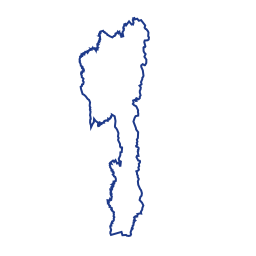 Empalme, Manabi, Ecuador (Equal Earth projection), rotated 164°
{"feature_id": "8360857B95089772616558", "entity_name": "Empalme", "entity_type": "district", "adm_level": 2, "iso_a3": "ECU", "parent_name": "Ecuador", "parent_adm1": "Manabi", "projection": "equal_earth", "projection_center": [-79.614, -0.806], "detail": "fine", "context": "isolated", "style": "outline", "palette": "blue", "viewbox_px": 256, "rotation_deg": 164, "n_neighbors": 0, "source": "geoboundaries", "source_scale": "gbopen_adm2", "svg_char_len": 5952}
<svg xmlns="http://www.w3.org/2000/svg" viewBox="0 0 256 256"><g transform="rotate(164 128 128)"><path d="M127.7,228.3L128.1,227.2L128.6,227.5L128.8,226.7L129.3,226.9L130.0,226.2L130.1,225.7L129.8,225.5L130.1,225.1L129.7,224.8L129.7,224.3L130.2,224.3L129.7,223.9L130.2,221.2L130.6,221.3L130.6,220.7L131.0,220.7L131.2,219.7L131.6,220.0L132.2,219.4L132.2,218.1L132.5,218.1L132.6,218.7L133.6,217.4L134.2,217.3L134.5,216.7L133.7,216.2L134.6,215.7L134.7,214.6L135.4,214.0L135.5,213.2L135.1,213.1L135.5,212.8L135.6,212.2L136.0,212.5L135.9,211.9L136.3,211.8L136.7,212.4L137.1,211.7L137.1,212.1L137.4,211.9L137.4,212.3L137.9,212.3L138.1,212.8L137.4,213.0L137.4,213.4L138.0,213.8L138.3,213.4L139.1,213.6L139.4,214.2L139.5,213.8L140.0,214.0L140.0,214.7L141.3,214.1L141.4,213.6L142.0,214.1L141.9,213.7L142.4,213.3L143.6,213.7L144.6,212.8L144.8,213.2L145.4,213.1L145.7,212.8L145.6,212.2L146.0,211.7L146.2,212.2L146.4,211.8L146.8,212.6L148.1,213.0L149.1,211.6L149.5,212.3L150.1,212.1L150.1,211.0L150.7,211.4L151.2,210.9L151.2,212.0L151.6,211.9L151.9,211.0L152.5,211.0L152.4,209.8L152.9,209.9L153.0,210.4L153.3,209.8L153.6,210.2L154.3,209.9L154.2,209.5L155.6,207.5L155.7,205.8L156.0,205.8L156.3,204.8L155.9,202.7L156.2,200.9L155.5,200.1L155.6,199.4L155.2,199.7L154.8,199.0L155.3,198.3L154.4,196.8L154.5,195.8L155.1,196.2L155.4,194.6L156.3,195.0L156.9,193.8L157.6,194.3L158.0,193.7L158.3,192.1L157.9,191.4L158.4,189.6L157.2,187.7L158.4,185.8L157.9,184.4L159.0,182.5L160.2,182.5L160.7,181.1L162.1,180.7L162.4,178.6L162.3,173.2L161.0,171.9L159.9,170.1L158.8,167.1L157.7,165.7L157.4,163.1L158.6,160.3L158.8,159.1L158.5,158.2L159.1,157.5L159.1,156.1L159.6,155.9L159.5,154.0L161.0,150.7L160.9,150.2L161.3,147.0L161.7,146.9L162.1,146.3L162.9,143.7L163.0,142.0L162.8,141.4L163.3,138.9L160.8,141.8L159.3,142.9L158.1,146.1L157.3,143.9L155.5,141.5L155.4,140.7L156.2,138.6L156.1,138.0L155.0,138.0L154.1,138.7L154.2,140.5L153.9,140.9L153.9,142.2L153.3,140.0L152.8,139.1L152.4,139.0L151.8,140.0L149.7,139.7L149.8,140.4L148.7,141.3L148.3,141.0L147.2,141.4L145.6,140.5L145.4,141.3L144.8,141.3L144.5,142.4L143.9,141.8L142.7,142.4L142.7,142.0L141.4,142.8L141.2,144.0L140.0,144.2L139.8,145.3L137.6,142.9L138.1,138.1L140.1,133.2L140.1,132.1L139.5,131.3L138.9,129.1L138.6,125.7L140.0,122.5L139.7,121.0L140.6,119.8L140.8,118.8L140.1,115.0L140.7,112.3L140.5,111.4L139.2,111.1L139.1,110.7L140.7,106.6L142.0,106.7L143.0,103.7L145.4,100.9L145.5,99.0L144.1,97.7L145.7,93.8L146.2,93.9L146.5,97.3L148.3,96.9L148.9,100.5L150.7,99.2L151.1,100.2L151.1,101.5L151.4,100.8L154.2,99.7L153.9,98.4L155.0,99.2L155.4,98.9L155.3,98.2L155.9,97.0L155.6,96.1L156.0,95.3L155.2,93.2L155.6,91.9L154.6,91.7L155.1,90.3L154.8,89.9L154.3,90.2L154.0,89.5L154.2,88.4L155.5,87.4L154.8,86.5L154.8,85.4L153.8,84.5L153.7,82.4L154.3,80.5L156.4,80.5L156.0,79.5L156.4,78.6L157.1,78.7L158.0,79.7L157.6,78.0L158.8,78.0L158.1,77.3L157.9,76.3L158.8,75.6L159.3,76.3L159.9,76.2L160.6,75.2L159.9,74.4L160.0,73.7L160.4,73.3L161.0,73.8L161.5,72.4L162.0,73.0L162.1,71.4L162.6,70.8L162.9,69.4L162.4,69.3L162.2,69.9L161.9,69.6L162.1,68.6L162.9,68.2L162.8,67.2L162.4,66.7L163.9,63.7L164.6,64.3L165.6,62.7L165.5,64.0L166.0,63.4L167.6,64.2L167.8,62.9L167.1,63.2L167.0,61.9L167.6,61.9L168.1,60.9L167.5,60.6L167.5,59.1L166.8,58.2L167.5,57.2L165.7,55.7L165.9,54.2L166.5,54.2L166.2,53.0L164.8,51.2L164.8,50.6L165.3,50.3L165.4,48.6L166.2,47.2L165.7,46.1L166.6,45.2L166.9,43.5L167.7,42.7L169.0,42.5L169.2,41.1L169.8,41.4L170.3,40.9L170.9,38.8L171.6,39.1L172.2,38.4L172.4,36.1L172.2,35.2L172.7,33.8L173.4,33.3L174.0,31.8L173.8,29.9L162.9,29.9L162.9,26.5L159.3,25.7L158.9,24.9L157.0,24.0L155.2,24.0L154.3,25.1L154.4,26.4L154.0,27.4L153.0,28.8L151.3,29.9L151.5,30.4L152.1,30.3L151.8,30.9L150.7,31.7L150.5,32.7L149.4,33.3L148.9,35.3L148.3,35.4L147.8,36.5L146.6,37.0L146.9,37.3L146.8,38.3L147.3,38.2L146.5,39.3L146.8,40.4L145.2,41.1L144.7,40.5L144.1,40.8L143.5,40.5L143.2,41.4L142.2,42.3L142.4,42.7L139.9,42.6L138.9,42.1L138.7,43.9L136.8,45.7L136.3,47.1L134.6,49.3L135.1,52.3L136.7,55.6L135.1,58.3L133.6,59.2L132.6,61.5L132.6,64.5L133.2,66.1L133.8,70.6L133.2,74.1L131.7,76.0L132.2,78.2L131.7,79.6L132.1,80.8L131.7,82.6L131.9,84.1L130.3,84.2L129.0,84.9L128.9,87.3L127.8,88.2L127.5,90.6L126.1,91.5L125.7,92.4L125.7,93.2L127.1,93.9L127.9,97.7L127.0,98.8L125.6,98.3L125.1,102.9L124.4,103.2L124.4,104.3L123.6,104.8L123.3,105.9L123.7,106.7L125.2,107.9L125.2,108.5L123.7,109.4L123.6,111.5L122.7,112.2L122.7,114.4L121.3,115.6L119.4,121.2L120.6,124.4L120.4,125.6L121.0,132.7L118.9,135.8L117.4,137.3L114.8,137.1L114.1,139.2L114.1,140.6L113.4,142.2L114.1,146.6L115.9,148.3L116.7,149.8L115.6,150.8L115.5,153.0L113.4,153.2L113.1,151.9L112.3,151.7L112.0,154.2L111.5,154.3L110.5,152.9L109.9,152.7L108.4,153.5L108.0,155.0L106.9,155.9L106.9,158.8L106.4,160.5L105.3,161.7L104.5,163.5L105.3,165.5L103.0,166.2L102.8,167.2L102.9,168.5L100.8,171.0L100.4,172.3L99.2,173.2L98.7,174.0L97.9,179.2L98.4,183.1L98.2,184.1L97.9,184.6L96.2,185.3L94.9,183.8L94.3,183.7L92.5,185.5L91.5,188.7L92.6,192.0L90.7,194.2L91.6,196.1L91.8,197.7L90.9,201.1L90.5,201.4L89.5,201.1L88.8,201.7L88.7,206.1L87.8,207.5L84.9,206.9L83.7,207.4L82.9,209.4L83.3,210.7L82.0,214.2L82.2,215.6L83.1,217.9L83.8,218.3L84.4,219.9L83.2,221.8L85.7,228.1L88.0,228.1L89.0,230.5L91.2,230.5L91.6,232.0L92.7,231.9L92.4,230.8L92.8,231.3L93.0,230.6L93.6,230.5L93.7,229.9L93.4,229.6L93.8,228.4L93.6,227.7L94.7,226.1L95.3,226.6L96.0,226.5L97.6,230.2L101.5,227.2L101.7,228.8L103.0,228.7L103.4,227.5L104.8,226.0L104.6,225.2L105.0,224.8L104.7,224.5L105.0,224.2L104.9,223.4L106.9,221.6L107.3,217.5L109.3,217.5L109.3,218.4L108.5,218.7L108.8,219.3L108.5,219.6L108.8,220.2L109.5,220.2L109.3,220.9L110.0,222.0L109.9,222.5L110.7,222.0L110.6,222.7L111.2,222.5L111.4,223.3L112.3,222.4L113.7,222.3L113.8,221.7L114.4,221.6L114.4,220.9L115.5,220.1L116.3,220.3L118.0,219.4L120.3,221.3L121.8,223.1L122.1,223.1L122.5,224.6L123.8,225.7L124.0,226.7L124.8,227.0L125.1,228.3L127.7,228.3Z" fill="none" stroke="#1e3a8a" stroke-width="2"/></g></svg>